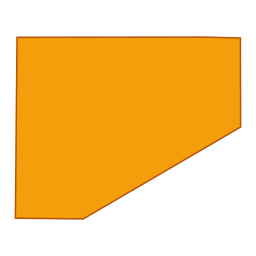 Eastland, Texas, United States of America
{"feature_id": "52423323B76826810418880", "entity_name": "Eastland", "entity_type": "district", "adm_level": 2, "iso_a3": "USA", "parent_name": "United States of America", "parent_adm1": "Texas", "projection": "robinson", "projection_center": [-98.827, 32.297], "detail": "fine", "context": "isolated", "style": "filled", "palette": "amber", "viewbox_px": 256, "rotation_deg": 0, "n_neighbors": 0, "source": "geoboundaries", "source_scale": "gbopen_adm2", "svg_char_len": 230}
<svg xmlns="http://www.w3.org/2000/svg" viewBox="0 0 256 256"><path d="M17.0,37.3L15.4,218.2L83.3,218.9L213.9,142.6L240.6,127.0L240.4,38.0L205.1,37.1L23.4,37.3L17.0,37.3Z" fill="#f59e0b" stroke="#b45309" stroke-width="1.5"/></svg>